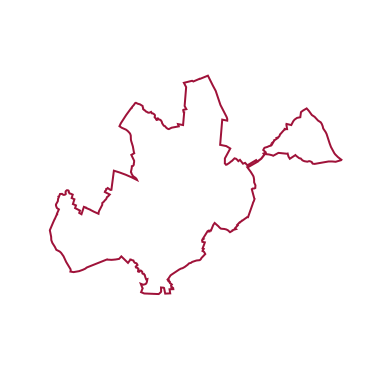 Satu Mare, Satu Mare, Romania, rotated 30°
{"feature_id": "2599482B28482924901010", "entity_name": "Satu Mare", "entity_type": "district", "adm_level": 2, "iso_a3": "ROU", "parent_name": "Romania", "parent_adm1": "Satu Mare", "projection": "equal_earth", "projection_center": [22.859, 47.796], "detail": "fine", "context": "isolated", "style": "outline", "palette": "rose", "viewbox_px": 384, "rotation_deg": 30, "n_neighbors": 0, "source": "geoboundaries", "source_scale": "gbopen_adm2", "svg_char_len": 6030}
<svg xmlns="http://www.w3.org/2000/svg" viewBox="0 0 384 384"><g transform="rotate(30 192 192)"><path d="M112.9,311.9L118.0,315.5L125.4,319.6L126.2,320.6L126.5,321.7L129.5,320.6L133.8,317.0L136.4,313.9L138.0,311.6L138.5,310.2L139.4,309.0L152.2,292.8L152.5,292.9L156.4,290.9L159.5,288.7L162.3,286.4L163.0,283.1L172.0,285.4L172.4,282.1L172.3,281.3L173.1,281.0L174.2,281.0L175.5,280.6L176.5,281.4L177.8,281.9L179.5,281.5L180.9,282.1L181.3,282.5L181.0,283.1L180.7,283.6L180.9,284.4L180.7,285.0L181.4,285.4L182.8,284.9L183.5,285.5L184.2,285.5L184.6,286.5L184.8,287.6L185.0,287.8L185.5,287.8L186.2,287.5L186.4,287.2L186.3,286.3L186.4,286.0L186.7,285.7L187.3,285.6L188.8,286.0L189.4,287.0L190.0,287.4L190.4,287.4L191.2,286.9L192.3,287.6L192.8,287.6L193.1,288.1L194.5,289.4L196.0,290.6L196.9,289.7L197.9,292.5L198.1,294.1L197.7,295.1L196.1,296.7L193.5,297.1L196.9,299.8L197.4,300.0L198.0,304.2L201.3,303.8L213.9,297.2L214.3,296.8L215.1,294.2L215.0,293.6L214.4,292.6L212.9,290.2L215.2,289.1L215.8,289.1L219.6,293.4L223.8,290.7L221.2,287.5L224.4,285.5L223.7,284.6L223.1,284.5L222.6,285.1L222.4,285.2L222.0,285.2L221.9,285.1L221.6,284.1L221.1,284.0L220.7,283.6L220.6,283.2L220.8,282.2L219.4,281.9L218.6,282.0L218.0,281.6L217.8,280.9L217.6,280.8L216.8,281.1L216.1,281.0L215.9,280.8L215.9,280.6L216.2,280.1L215.9,279.8L214.8,280.2L214.6,280.1L214.9,278.6L215.1,275.0L215.6,273.8L219.7,265.5L220.8,263.8L221.9,262.7L223.2,260.5L224.6,257.2L225.1,255.3L226.5,253.9L227.1,252.5L230.1,249.1L232.7,247.2L233.1,246.3L233.2,246.0L233.2,244.4L234.5,239.1L232.5,237.9L232.2,237.8L230.6,237.8L230.6,235.5L229.9,235.7L229.4,235.7L228.7,231.2L228.3,229.2L225.9,230.0L224.8,228.7L225.5,226.9L224.8,226.9L225.1,218.3L225.7,218.2L225.7,217.3L227.0,217.3L227.0,216.1L227.7,215.9L226.9,209.9L227.1,207.5L232.1,208.5L233.5,209.0L235.2,209.3L236.3,208.9L238.4,207.9L240.4,207.3L242.2,207.2L245.0,207.8L246.4,205.3L246.2,205.0L246.7,204.2L248.7,202.1L247.4,201.8L248.3,198.0L247.6,197.9L248.4,194.5L248.7,194.5L249.6,191.8L249.8,191.8L251.3,188.5L252.2,186.6L252.2,186.4L252.8,185.9L253.1,185.8L250.5,171.8L250.2,170.7L250.1,169.0L249.6,166.6L249.1,166.4L242.4,159.7L242.8,158.7L244.2,157.8L244.8,156.9L243.6,154.5L241.0,152.6L239.5,150.1L237.9,148.2L236.9,147.4L232.8,145.2L227.5,142.9L228.6,141.7L233.3,133.6L233.2,133.6L233.7,132.7L235.4,128.5L236.1,123.4L236.9,121.7L237.7,122.0L239.9,121.0L243.1,120.1L244.2,120.0L247.3,114.9L255.3,111.3L255.6,110.9L257.9,113.1L260.1,114.3L263.1,108.3L263.5,108.5L267.7,109.1L268.5,109.0L269.4,108.6L271.6,109.3L272.5,109.3L274.0,109.1L276.7,108.1L278.0,106.7L279.2,106.3L280.7,106.2L281.2,106.4L281.7,106.9L282.3,107.1L284.1,106.4L295.1,97.2L298.3,95.4L301.3,94.0L305.2,89.9L305.3,89.4L300.9,88.8L297.2,87.8L295.8,87.2L289.8,83.5L286.9,81.1L279.6,74.5L277.8,73.3L273.9,71.4L272.3,69.7L270.4,68.2L268.7,67.3L265.4,67.1L260.6,65.6L257.3,65.4L252.6,63.3L249.5,62.3L247.5,65.8L246.5,68.1L246.5,68.5L248.4,73.1L245.9,75.3L244.7,77.9L244.5,78.8L244.3,80.2L244.5,84.4L239.8,85.8L240.0,86.4L242.9,90.0L241.7,90.7L240.7,91.0L241.0,91.8L240.8,91.9L240.3,94.1L239.6,97.7L239.4,98.1L239.5,98.5L239.7,99.2L239.7,100.3L239.3,101.5L238.4,102.6L239.1,102.7L238.0,105.1L237.3,106.1L237.6,106.3L237.6,106.5L237.5,107.1L237.5,107.5L237.1,108.6L237.5,108.5L237.5,109.8L237.0,110.7L237.5,110.7L237.5,111.6L237.3,112.2L235.4,114.2L234.9,115.1L232.9,117.2L232.6,117.9L232.7,120.0L235.8,120.7L235.4,122.0L234.7,122.9L235.9,123.4L235.2,128.6L233.2,133.1L231.6,132.3L226.6,141.2L223.4,140.2L222.0,142.0L217.5,140.2L216.7,142.1L215.4,141.6L213.5,141.2L212.0,141.6L211.0,145.3L210.7,145.7L209.8,148.1L208.4,150.9L207.8,151.4L206.9,150.9L206.2,150.9L203.7,146.5L203.4,135.2L198.7,135.1L192.8,137.1L182.0,114.2L186.8,112.6L186.2,111.4L185.6,110.7L184.3,109.6L173.1,102.4L162.0,92.6L156.7,89.3L150.2,85.0L147.6,83.3L142.4,90.0L141.9,90.5L141.8,90.4L137.9,95.6L136.6,95.6L136.3,95.8L130.4,101.5L134.5,104.1L142.6,121.2L145.7,123.1L143.4,125.2L143.4,125.5L144.9,127.1L145.4,126.9L150.8,138.5L145.9,140.2L147.7,141.8L142.2,146.5L140.5,149.1L139.3,149.4L137.6,149.2L135.7,148.5L134.5,148.7L133.8,148.4L131.8,147.4L131.1,146.6L130.1,145.9L128.8,145.4L128.6,145.3L127.4,145.7L126.7,145.6L126.1,145.3L125.6,145.3L125.4,145.9L125.9,146.7L125.8,146.9L125.4,147.3L125.2,147.3L124.4,146.9L124.1,146.4L122.4,146.1L122.1,145.7L121.9,144.6L121.6,144.2L121.3,143.9L120.6,143.6L118.8,143.5L118.0,143.9L116.5,143.1L115.8,144.3L114.4,145.2L112.0,145.2L111.8,145.3L110.0,144.8L109.3,144.9L108.0,144.5L107.8,143.8L107.1,143.3L106.2,142.2L103.1,142.1L100.8,142.7L98.8,142.8L98.3,143.5L98.1,145.9L97.7,147.7L97.6,148.3L97.8,148.9L97.8,149.5L97.7,149.8L97.4,149.9L96.5,158.3L96.0,168.1L96.3,171.3L99.0,171.5L103.7,171.0L105.8,171.3L108.2,172.0L109.1,172.4L109.7,172.8L110.7,173.7L112.9,177.2L113.8,178.2L118.0,182.1L121.8,186.6L122.6,187.3L120.9,190.2L126.3,193.9L127.1,195.5L127.5,196.8L127.8,197.1L128.0,198.1L127.8,199.0L127.0,199.7L127.8,201.3L129.1,205.3L129.9,205.7L130.4,206.3L132.5,207.5L133.4,207.8L136.1,208.0L137.7,208.6L138.4,209.1L132.0,209.5L125.9,210.2L119.5,211.3L113.7,212.6L121.1,230.4L120.3,231.0L117.0,230.7L116.7,231.9L116.2,232.2L116.6,233.4L116.5,234.1L116.3,234.6L116.5,235.6L122.0,235.3L121.5,237.8L120.9,239.0L121.2,240.5L121.1,241.6L120.7,242.8L120.5,244.4L119.8,246.4L120.7,248.0L121.0,254.6L121.2,255.8L121.9,257.6L117.1,258.1L112.9,258.3L112.8,258.2L108.2,258.8L108.1,258.5L105.8,258.9L107.4,266.5L104.8,266.5L104.3,264.1L98.8,264.4L98.2,261.6L94.9,262.0L93.8,257.1L90.8,257.4L90.0,253.9L87.3,254.2L86.7,254.5L85.3,253.7L85.2,253.3L84.7,252.7L84.2,252.5L83.4,252.7L82.7,253.1L82.3,254.4L82.5,255.3L83.6,256.7L83.7,257.0L83.4,257.7L82.5,258.6L81.7,258.8L80.4,258.6L78.7,259.7L79.1,262.4L78.8,262.7L79.2,262.9L79.4,264.7L80.4,267.1L80.4,270.8L80.8,271.3L80.8,271.5L81.1,271.9L82.8,273.3L83.7,273.5L85.4,273.6L85.9,278.3L86.2,278.4L86.5,278.9L86.2,279.6L86.7,284.2L86.6,284.3L87.0,288.1L88.0,296.2L92.4,301.2L94.2,304.0L96.5,305.9L100.7,308.1L103.4,309.9L107.1,309.7L109.0,310.1L112.9,311.9Z" fill="none" stroke="#9f1239" stroke-width="2"/></g></svg>